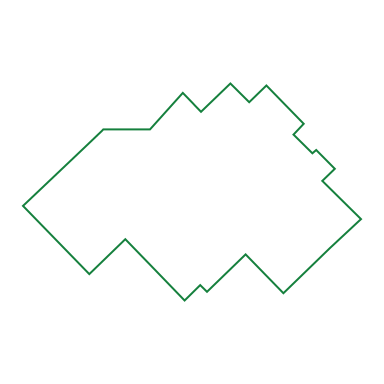 Leandro N. Alem, Buenos Aires, Argentina (Robinson projection)
{"feature_id": "61730980B27859754831465", "entity_name": "Leandro N. Alem", "entity_type": "district", "adm_level": 2, "iso_a3": "ARG", "parent_name": "Argentina", "parent_adm1": "Buenos Aires", "projection": "robinson", "projection_center": [-61.594, -34.493], "detail": "fine", "context": "isolated", "style": "outline", "palette": "green", "viewbox_px": 384, "rotation_deg": 0, "n_neighbors": 0, "source": "geoboundaries", "source_scale": "gbopen_adm2", "svg_char_len": 481}
<svg xmlns="http://www.w3.org/2000/svg" viewBox="0 0 384 384"><path d="M153.4,268.2L184.6,300.5L200.2,285.1L207.0,291.8L245.6,254.4L283.4,293.2L330.2,247.8L361.0,219.1L322.3,180.9L334.8,168.8L316.2,150.0L312.4,153.3L293.5,134.6L303.7,123.8L266.4,85.5L249.2,102.2L230.4,83.5L201.0,111.8L195.0,105.6L192.7,103.1L182.8,92.9L150.0,129.4L103.3,129.4L102.7,130.0L102.1,130.7L84.0,148.0L23.0,205.9L89.3,274.1L125.3,239.2L153.4,268.2Z" fill="none" stroke="#15803d" stroke-width="2"/></svg>